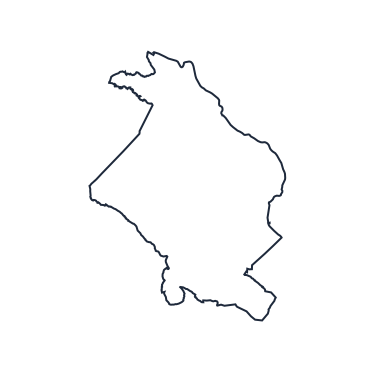 Poncitlán, Jalisco, Mexico, rotated 37°
{"feature_id": "50627088B14404540858707", "entity_name": "Poncitlán", "entity_type": "district", "adm_level": 2, "iso_a3": "MEX", "parent_name": "Mexico", "parent_adm1": "Jalisco", "projection": "albers", "projection_center": [-102.942, 20.264], "detail": "fine", "context": "isolated", "style": "outline", "palette": "slate", "viewbox_px": 384, "rotation_deg": 37, "n_neighbors": 0, "source": "geoboundaries", "source_scale": "gbopen_adm2", "svg_char_len": 5959}
<svg xmlns="http://www.w3.org/2000/svg" viewBox="0 0 384 384"><g transform="rotate(37 192 192)"><path d="M106.7,246.0L106.7,248.3L106.5,248.8L109.0,250.9L110.2,252.6L113.2,255.9L113.7,256.8L113.7,257.1L114.1,257.2L115.2,257.8L115.2,258.1L116.9,258.6L118.1,258.3L118.1,257.7L118.4,257.4L119.4,256.9L120.6,256.7L121.6,257.1L123.2,257.0L123.3,257.3L123.7,257.0L123.7,256.6L125.6,256.7L126.9,257.1L129.1,255.7L130.5,255.4L130.5,255.2L130.2,255.0L130.6,254.4L130.6,253.7L131.6,253.7L131.7,254.1L132.2,253.7L134.2,253.8L135.0,253.0L135.5,252.8L135.5,253.0L136.7,252.5L139.7,252.2L141.3,251.7L144.2,251.6L146.1,251.3L148.1,251.5L148.8,251.4L151.6,252.1L152.4,251.8L152.9,252.3L153.8,252.2L154.1,252.5L154.8,252.5L155.1,253.0L155.9,252.8L156.5,253.0L157.8,252.8L158.4,253.3L158.6,253.0L159.5,253.2L163.8,252.8L164.6,252.4L166.8,252.6L168.4,253.0L171.8,255.5L175.6,256.0L177.2,256.9L179.6,257.1L182.4,257.9L183.2,257.9L183.5,258.3L184.0,258.4L184.4,258.3L185.5,258.7L187.5,258.1L189.2,257.1L191.2,257.5L192.4,257.2L193.6,257.3L195.3,258.2L195.7,258.6L196.1,259.3L197.9,260.3L198.4,260.8L198.8,260.8L200.8,259.9L201.7,260.0L204.5,261.4L205.3,261.6L208.0,260.7L210.3,258.3L211.2,258.5L212.0,261.9L212.4,262.7L213.3,263.7L217.1,265.9L219.2,266.7L219.5,267.0L219.5,267.7L219.2,268.0L218.3,268.0L217.9,268.3L217.4,268.0L216.7,270.3L216.6,271.3L217.3,273.1L217.6,273.4L217.9,275.2L219.3,277.2L220.9,278.4L222.0,279.0L222.7,279.1L222.9,278.9L223.4,279.1L223.4,282.1L223.7,282.5L223.8,284.0L225.1,285.6L224.9,285.8L226.8,288.5L226.7,288.7L228.6,290.4L230.1,288.4L230.3,289.3L231.3,290.2L234.3,291.6L236.7,293.9L239.4,294.3L240.8,294.8L241.2,295.2L241.6,295.2L242.8,294.8L245.3,292.8L246.3,291.5L247.2,290.9L248.6,289.1L250.0,286.3L250.3,285.3L250.5,284.1L250.3,283.6L249.8,283.2L249.4,281.7L249.0,281.4L248.8,280.2L248.5,279.7L247.8,279.3L247.1,277.5L246.6,277.4L244.8,276.3L242.0,275.4L239.8,275.1L239.8,274.9L242.3,273.5L243.9,273.2L245.4,273.1L246.6,272.4L250.5,272.2L251.3,271.9L252.3,271.9L253.4,272.3L255.6,272.0L256.5,272.0L256.9,273.4L257.4,273.6L258.1,273.7L258.1,274.1L260.0,274.1L261.0,274.6L263.2,274.4L264.0,274.1L265.5,274.2L266.2,274.1L267.3,273.3L266.9,273.0L266.2,271.8L269.2,269.8L271.8,267.4L273.9,266.9L274.8,266.5L276.0,265.0L277.8,264.3L278.5,264.5L279.2,265.0L279.9,266.3L280.0,267.2L280.4,267.5L280.7,267.4L283.0,264.5L286.4,263.3L294.3,255.6L296.6,256.5L297.4,256.5L307.4,254.5L314.0,255.8L319.2,256.0L325.3,252.4L325.8,243.5L324.6,240.5L323.8,239.7L323.8,237.7L323.3,235.7L323.3,229.4L322.7,227.8L322.4,225.9L315.6,224.6L310.2,227.2L309.0,226.0L307.7,225.6L305.5,225.7L305.5,225.1L302.6,225.3L299.6,224.9L296.1,225.0L294.8,224.4L294.7,223.9L294.7,224.9L292.9,224.5L291.6,224.9L289.9,224.4L285.7,225.4L284.1,226.5L283.4,226.4L283.2,222.9L284.2,222.8L282.3,220.0L284.4,219.2L286.3,217.6L284.0,214.3L287.3,197.4L289.1,186.8L291.0,174.5L290.4,174.2L289.4,174.0L288.4,173.9L286.5,174.1L280.9,173.6L274.7,172.7L273.3,172.2L271.8,171.2L272.8,170.3L272.5,169.9L271.8,171.0L267.8,167.1L261.8,155.9L260.2,154.8L259.7,154.0L260.5,152.5L260.9,150.0L261.0,149.1L260.6,147.5L260.5,146.4L260.8,145.6L261.9,143.9L263.9,142.7L264.4,142.1L264.8,141.3L264.8,140.8L264.4,140.2L264.2,137.8L263.5,136.7L262.1,136.1L261.1,133.8L260.1,132.3L258.8,126.1L258.0,124.7L255.3,121.5L253.9,120.5L251.1,119.0L245.9,115.1L242.9,113.9L238.0,111.7L235.2,110.9L232.0,111.1L230.2,110.9L228.4,110.4L225.0,108.3L223.2,107.9L222.1,107.9L220.7,108.2L219.9,108.6L218.3,110.1L216.9,110.9L214.0,111.6L209.4,111.7L205.5,112.2L203.5,111.7L203.0,111.8L202.5,112.0L200.0,114.5L199.3,114.9L196.5,114.7L193.9,115.0L191.4,115.6L185.8,115.5L182.5,115.2L174.4,112.6L170.9,112.1L170.2,112.6L168.0,111.5L167.4,110.5L167.3,108.7L166.5,107.4L165.4,106.4L164.2,106.0L162.4,106.4L161.6,106.3L160.6,105.4L158.7,102.6L158.0,102.1L156.2,101.6L148.9,101.3L146.7,101.5L141.9,102.5L139.1,102.2L136.8,102.5L134.7,102.2L127.1,98.8L124.9,97.2L117.5,90.7L115.1,89.2L113.3,88.8L112.5,88.9L111.2,89.5L108.5,92.4L108.0,93.2L107.9,93.7L108.8,95.4L109.2,97.4L108.8,98.5L108.2,98.8L107.5,98.8L102.2,96.5L100.4,96.7L92.9,99.6L88.6,100.3L82.1,101.6L77.5,103.2L77.4,103.6L78.3,103.4L78.7,105.8L72.6,106.5L72.7,107.4L72.9,107.4L72.9,107.7L73.1,107.7L73.4,108.6L74.8,111.3L78.2,112.7L78.6,113.3L79.1,113.6L81.3,114.1L82.6,115.3L88.2,116.9L90.4,118.8L90.3,120.4L90.1,121.1L89.8,121.5L88.6,122.1L88.3,123.7L87.4,125.0L87.3,125.5L86.1,126.2L85.9,127.3L85.3,127.7L85.0,128.5L84.4,128.5L83.8,129.0L83.2,128.9L82.8,129.3L82.2,129.0L81.2,129.6L79.2,129.2L78.4,129.4L77.6,129.0L76.4,129.5L75.9,129.5L75.7,129.7L75.9,130.0L75.8,130.3L75.6,130.5L75.8,131.4L75.6,131.7L75.4,132.9L74.9,133.3L75.0,133.6L74.1,134.5L73.1,134.6L72.5,134.9L72.1,134.9L71.8,134.6L71.6,134.6L71.3,135.7L70.2,135.8L69.2,136.3L69.0,136.7L69.2,137.8L68.6,137.8L68.3,137.6L67.7,137.4L67.6,137.1L66.3,136.2L66.3,136.8L65.8,137.1L63.8,137.6L63.6,138.1L62.4,139.1L62.1,139.7L61.9,141.3L60.4,143.5L58.9,146.3L58.2,148.6L59.8,152.9L59.7,153.8L60.1,154.7L63.0,153.1L64.8,153.0L65.1,152.2L66.0,152.2L66.3,152.5L66.6,154.0L66.9,154.1L67.6,152.8L68.0,153.2L69.2,152.3L69.8,152.1L70.8,152.2L71.6,152.7L71.8,152.3L71.4,151.4L71.7,151.2L72.3,151.8L73.1,151.6L73.2,151.8L73.4,151.6L73.7,150.6L73.2,149.8L74.0,148.6L74.6,148.2L75.6,148.4L76.1,148.2L77.2,148.5L77.3,148.7L77.6,148.6L77.7,148.3L78.5,148.4L78.5,147.4L78.8,146.3L79.8,145.6L80.5,146.6L81.1,146.7L81.5,146.7L81.9,146.2L82.1,146.1L82.1,145.9L82.6,145.8L83.5,146.0L83.8,146.3L83.5,147.1L84.7,147.8L85.7,147.5L86.4,147.7L86.4,147.3L87.2,147.1L87.4,147.2L88.5,147.1L89.4,147.3L89.3,148.0L89.6,148.3L91.0,148.1L91.4,147.8L92.2,147.5L92.2,147.2L92.5,147.0L92.4,146.8L92.6,146.6L93.2,146.6L92.7,148.2L92.7,148.8L95.3,149.4L96.6,148.7L97.7,148.9L98.5,147.9L98.0,147.3L98.1,147.0L99.7,146.8L101.1,147.2L101.8,147.6L103.4,147.6L105.5,146.6L106.0,145.9L106.5,145.7L106.8,145.7L108.3,146.4L113.5,174.9L114.4,176.1L115.0,177.2L112.6,200.9L108.8,231.8L108.0,239.5L106.7,246.0Z" fill="none" stroke="#1e293b" stroke-width="2"/></g></svg>